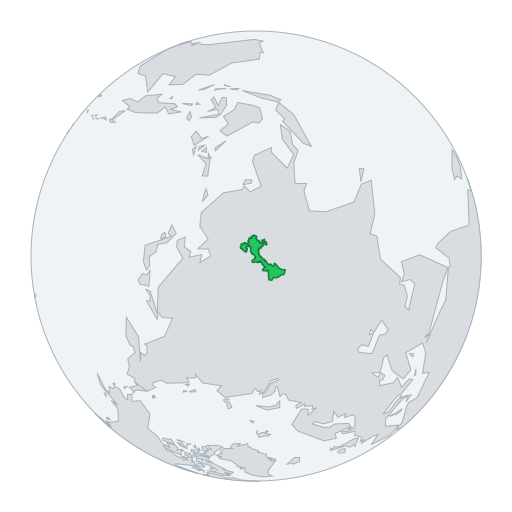 the Earth from above Gansu, rotated 192°
{"feature_id": "CHN-1150", "entity_name": "Gansu", "entity_type": "Province", "adm_level": 1, "iso_a3": "CHN", "parent_name": "China", "parent_adm1": "", "projection": "orthographic", "projection_center": [103.309, 37.691], "detail": "fine", "context": "on_globe", "style": "filled", "palette": "green", "viewbox_px": 512, "rotation_deg": 192, "n_neighbors": 0, "source": "natural_earth", "source_scale": "10m", "svg_char_len": 17114}
<svg xmlns="http://www.w3.org/2000/svg" viewBox="0 0 512 512"><g transform="rotate(192 256 256)"><circle cx="256" cy="256" r="225" fill="#eef3f6" stroke="#a8b0b8"/><path d="M466.3,336.9L466.1,337.2L466.7,335.8L466.3,336.8L466.3,336.9ZM381.7,69.1L367.6,61.7L366.1,60.2L362.6,58.9L364.2,61.0L366.2,62.7L356.2,65.4L359.3,77.8L367.6,84.7L360.0,81.3L380.7,97.2L387.1,108.4L375.3,94.0L370.7,91.4L372.7,97.8L368.4,96.6L366.9,99.2L361.5,97.4L355.1,89.8L351.4,88.7L353.1,93.4L348.8,95.0L346.9,88.1L339.1,90.4L326.9,79.4L326.1,64.8L314.9,59.3L302.2,46.6L298.8,47.2L291.9,43.6L285.5,43.1L284.9,41.4L280.3,42.6L282.0,44.2L280.5,45.4L276.8,45.5L275.5,43.2L277.2,42.8L274.9,42.2L275.8,41.1L273.3,41.7L272.1,39.2L267.9,41.8L262.5,40.0L263.2,38.4L270.1,38.3L289.0,36.4L291.9,35.7L288.9,34.3L268.5,31.4L268.8,31.1L266.3,31.0L283.8,32.4L301.2,35.3L318.2,39.5L334.9,45.0L351.1,51.8L366.8,59.8L381.7,69.1ZM261.2,30.8L260.6,30.8L263.1,31.0L255.7,31.3L259.7,32.2L257.3,32.7L258.6,34.2L250.8,34.3L242.5,33.9L241.0,32.8L237.4,32.8L232.6,34.4L223.9,33.8L207.9,36.2L206.4,36.3L211.9,35.1L228.2,32.4L244.7,31.0L261.2,30.8ZM465.2,173.3L463.6,170.0L463.8,169.7L465.2,173.3ZM463.1,169.6L463.5,170.4L463.2,170.0L463.1,169.6ZM463.2,170.4L463.1,169.8L463.4,170.9L463.2,170.4ZM463.5,172.1L463.3,171.0L463.4,171.3L463.5,172.1ZM463.4,173.5L462.9,172.3L463.4,173.5ZM367.8,63.9L364.7,61.2L364.8,60.0L367.9,62.3L367.8,63.9ZM366.9,67.3L364.2,65.3L368.4,66.1L368.6,67.0L366.9,67.3ZM374.5,90.3L372.9,87.0L376.0,90.7L374.5,90.3ZM367.6,99.9L369.5,101.4L367.9,102.2L367.6,99.9ZM262.8,34.1L260.7,34.1L261.5,33.8L262.8,34.1ZM265.3,34.8L267.7,34.4L269.2,34.8L267.7,35.0L265.3,34.8ZM358.2,100.3L355.1,101.4L357.2,98.9L358.2,100.3ZM261.9,35.3L271.7,35.4L274.3,36.1L270.8,37.6L261.9,35.3ZM352.6,101.2L345.2,104.6L348.7,107.9L334.7,101.0L345.6,100.1L347.6,96.3L349.2,99.7L352.6,101.2ZM284.1,44.8L282.1,43.0L287.1,44.6L284.1,44.8ZM287.7,45.6L305.2,49.6L306.3,52.7L300.2,50.5L304.3,54.9L296.3,54.3L292.2,51.8L293.1,49.8L289.3,51.2L287.7,45.6ZM328.1,96.9L325.4,96.8L327.0,95.5L328.1,96.9ZM280.3,46.1L283.7,46.4L284.9,49.1L278.3,48.8L280.0,48.0L280.3,46.1ZM309.4,56.5L309.1,58.6L302.5,58.6L301.5,59.5L296.2,54.6L309.4,56.5ZM277.9,47.4L274.8,48.7L271.0,47.6L277.0,45.9L277.9,47.4ZM288.1,49.9L288.3,51.2L286.0,50.4L288.1,49.9ZM255.5,45.0L259.6,45.0L260.6,46.3L255.5,45.0ZM274.0,49.2L275.3,49.6L276.2,50.2L273.4,50.9L274.0,49.2ZM291.9,55.1L289.2,54.8L293.7,57.1L288.9,57.5L286.3,54.3L285.4,55.9L283.9,56.0L283.4,53.2L291.9,55.1ZM273.2,53.4L268.1,49.9L260.3,49.4L259.2,48.1L272.0,49.3L273.2,53.4ZM279.2,53.5L275.2,53.1L275.9,51.6L279.0,50.9L279.2,53.5ZM286.7,59.1L294.7,59.3L295.0,60.0L286.7,59.1ZM270.8,53.5L272.0,54.4L270.1,53.7L270.8,53.5ZM281.6,57.6L284.4,57.5L284.7,58.4L281.6,57.6ZM272.2,56.4L270.6,55.2L272.7,54.6L272.2,56.4ZM276.4,57.2L276.1,58.4L274.4,55.1L277.6,57.0L276.4,57.2ZM281.4,58.5L282.5,58.9L280.2,58.4L281.4,58.5ZM265.3,59.6L262.6,55.6L267.2,54.2L269.2,58.2L265.3,59.6ZM77.5,118.6L83.4,115.0L78.5,123.3L77.3,140.6L76.0,144.7L69.0,150.9L62.4,178.1L68.7,175.9L69.8,196.3L75.0,205.6L89.4,192.5L80.9,176.9L86.4,166.4L98.9,172.0L107.4,186.6L109.9,183.0L110.4,167.9L118.4,165.8L111.3,162.3L109.7,167.7L105.2,166.0L106.4,161.0L109.1,160.3L108.3,154.9L95.3,160.5L92.3,166.7L86.3,157.8L80.8,167.4L77.0,167.9L85.0,152.0L88.8,148.5L98.8,128.1L94.2,130.7L84.6,150.5L84.9,146.9L78.7,151.6L83.7,145.2L95.4,123.8L94.0,116.4L81.8,120.1L83.2,115.6L89.1,107.4L104.1,95.5L99.3,107.0L104.5,103.8L114.5,94.2L112.2,98.7L115.6,96.5L114.7,100.9L122.2,101.1L122.6,105.2L134.1,100.1L135.9,101.8L128.6,104.2L123.7,108.4L125.7,119.9L128.6,120.5L135.9,116.5L135.6,120.5L142.4,115.2L147.7,120.3L146.9,109.9L155.4,105.8L163.3,106.4L166.0,103.4L153.2,102.5L148.2,104.0L144.2,108.0L130.5,111.5L128.0,108.8L141.7,98.8L139.6,94.3L151.3,89.3L178.7,93.5L185.8,98.6L179.6,115.9L173.0,116.9L172.0,110.9L165.1,120.4L169.4,117.7L169.1,121.3L177.2,119.0L177.4,121.5L184.8,115.3L185.9,118.2L181.2,122.1L194.1,121.9L198.7,127.4L201.6,126.3L203.3,123.5L208.0,132.8L209.9,131.6L209.1,128.0L212.3,123.4L219.9,119.0L221.1,122.5L218.5,124.5L215.0,134.3L208.0,139.6L209.3,140.7L215.6,136.9L219.9,124.9L224.1,121.4L223.0,127.0L223.7,124.6L226.2,124.0L229.8,126.7L231.4,120.7L256.9,111.2L266.3,116.2L262.5,121.8L281.6,120.7L290.8,127.7L290.0,124.2L298.6,122.1L295.8,119.8L296.1,118.0L317.0,113.0L322.8,115.0L330.9,110.1L330.5,108.4L326.7,106.6L334.7,101.0L348.7,107.9L348.9,111.1L357.6,113.7L356.8,121.1L360.1,128.8L354.2,136.1L357.3,142.1L360.4,142.5L366.9,151.3L369.9,169.0L354.1,152.7L347.0,128.4L348.7,137.8L344.3,135.4L342.5,138.7L344.1,145.7L346.7,146.7L328.8,158.3L324.6,178.0L334.6,176.1L341.1,181.5L345.1,205.1L327.1,238.6L335.5,248.3L336.2,255.0L329.2,259.8L328.0,250.0L320.7,246.9L321.1,240.9L309.4,246.2L309.5,237.9L300.4,246.5L304.1,252.9L314.4,250.9L306.4,262.6L317.1,273.4L318.6,286.9L301.2,310.9L283.3,318.1L282.2,322.2L275.0,317.5L265.5,325.3L279.0,347.8L278.6,354.1L263.2,365.5L262.8,360.9L243.7,348.4L240.2,363.0L254.6,375.9L259.6,389.7L248.5,384.9L243.4,372.6L236.7,367.8L238.5,355.2L232.9,335.1L221.7,337.5L222.6,329.5L213.2,311.3L197.1,313.7L171.4,329.1L167.8,348.2L159.0,354.1L148.5,321.8L149.0,301.4L141.9,300.6L133.7,278.9L110.2,264.9L109.8,258.5L104.8,258.1L99.5,248.0L100.0,237.8L95.5,234.8L94.9,261.7L100.1,265.1L108.5,261.0L107.1,269.3L112.5,280.8L96.0,291.2L66.0,284.6L68.0,269.2L70.8,216.3L73.5,212.9L73.7,212.4L74.1,211.4L69.2,216.2L71.4,206.4L64.5,240.3L61.2,252.5L65.5,285.0L63.8,286.0L66.7,294.1L81.9,301.4L80.9,305.9L70.7,320.6L54.0,330.5L59.1,351.1L62.8,365.1L58.7,363.8L65.6,376.3L65.0,375.5L57.0,361.5L49.9,347.1L44.0,332.1L39.1,316.8L35.3,301.1L32.6,285.3L31.1,269.2L30.7,253.1L31.5,237.1L33.4,221.1L36.5,205.3L40.7,189.7L46.0,174.5L52.3,159.7L59.7,145.4L68.1,131.7L77.5,118.6ZM73.0,124.8L71.0,127.6L73.0,124.8ZM111.4,211.3L119.8,219.6L124.8,205.7L128.4,208.0L128.8,202.7L125.1,204.7L127.3,190.9L134.0,191.3L137.5,186.1L134.8,183.1L122.1,184.7L118.8,204.2L113.2,206.7L111.4,211.3ZM207.6,36.0L206.3,36.3L206.4,36.2L207.6,36.0ZM135.7,81.7L132.5,84.8L128.5,86.0L128.1,82.2L133.8,80.3L135.7,81.7ZM128.8,89.1L142.6,81.1L143.5,83.6L140.7,83.5L139.8,86.0L135.1,86.5L122.4,97.3L118.1,99.2L119.6,90.3L121.5,91.9L124.5,88.5L128.8,89.1ZM176.4,61.0L182.3,58.9L176.4,66.9L171.5,68.0L170.7,63.9L176.1,60.2L176.4,61.0ZM253.8,38.6L256.5,38.2L256.8,38.7L254.8,39.4L253.8,38.6ZM257.3,44.9L242.5,41.1L244.8,40.4L233.3,39.8L235.0,37.7L242.3,38.0L235.0,36.3L242.3,35.8L236.6,35.0L252.9,36.0L259.1,35.9L251.5,36.7L249.9,38.5L251.0,39.3L259.0,41.6L271.7,42.9L272.1,45.4L269.0,46.8L266.0,46.9L266.7,45.1L262.2,46.5L260.9,44.1L257.3,44.9ZM232.4,69.4L234.5,66.1L225.2,70.8L223.9,67.4L222.9,68.2L219.2,66.5L212.9,66.0L213.3,64.3L210.7,64.9L208.1,64.0L204.7,64.3L204.2,61.5L200.0,61.7L202.2,60.3L194.9,61.6L200.1,59.5L197.3,58.5L193.8,61.1L199.8,48.1L198.4,45.1L194.3,44.1L203.8,41.3L213.6,40.9L222.3,42.4L222.3,46.0L226.6,44.4L227.9,45.8L224.0,46.5L230.8,46.3L230.8,47.7L238.5,50.7L248.3,50.1L251.3,51.5L247.5,52.4L253.2,53.1L248.1,55.9L250.2,57.0L247.2,61.1L238.6,62.7L241.6,63.9L239.4,67.4L232.4,69.4ZM264.2,60.7L254.2,62.8L248.6,62.1L256.2,55.3L255.0,53.9L259.6,50.1L267.7,51.3L265.6,52.2L265.5,53.4L263.0,52.5L264.9,54.2L262.1,55.6L262.8,57.4L259.4,57.5L264.2,60.7ZM78.8,144.5L78.6,147.0L79.2,149.9L75.3,153.1L78.8,144.5ZM86.5,129.8L87.0,131.1L81.7,136.6L82.0,134.3L86.5,129.8ZM91.7,127.5L87.4,130.8L89.8,127.7L91.7,127.5ZM129.4,105.3L130.4,106.8L128.8,108.0L126.2,108.6L129.4,105.3ZM204.7,84.5L206.8,82.3L208.2,82.5L215.6,79.4L217.2,81.9L213.3,84.8L204.7,84.5ZM85.5,192.6L81.3,193.0L81.7,190.1L83.0,190.5L85.5,192.6ZM76.1,172.1L76.1,178.8L75.0,173.0L76.1,172.1ZM207.7,86.8L210.5,85.1L209.5,87.5L207.7,86.8ZM218.7,83.7L218.3,86.2L218.2,81.9L218.7,83.7ZM82.8,383.1L86.2,400.6L80.5,395.1L75.1,386.7L70.8,374.2L76.1,376.2L77.5,372.1L82.8,383.1ZM316.0,416.4L322.6,416.3L322.3,417.0L316.0,416.4ZM309.1,414.5L316.7,414.0L307.7,416.3L309.1,414.5ZM319.7,413.7L327.4,411.3L330.8,409.6L330.2,411.2L319.7,413.7ZM303.8,415.0L275.3,416.1L264.0,413.9L266.7,411.2L285.0,411.8L303.8,415.0ZM265.8,411.1L248.5,402.2L224.7,374.7L233.2,376.2L258.1,393.4L256.5,395.9L267.0,402.9L265.8,411.1ZM307.6,394.7L305.9,402.4L290.2,402.7L283.1,401.7L278.2,391.8L280.9,386.6L286.8,386.6L309.4,367.3L317.3,371.1L310.4,379.4L316.9,385.8L307.6,394.7ZM168.7,350.4L173.3,363.1L168.6,363.6L168.7,350.4ZM318.5,353.3L309.4,362.4L317.6,350.5L318.5,353.3ZM323.2,342.1L323.9,346.4L320.1,342.6L323.2,342.1ZM282.1,328.4L275.9,329.5L275.7,326.3L283.5,323.1L282.1,328.4ZM319.6,298.1L319.7,307.8L318.6,311.2L315.7,305.6L319.6,298.1ZM225.2,109.7L213.0,110.8L205.4,114.1L202.7,119.4L201.3,112.7L213.1,107.6L225.2,109.7ZM252.8,110.4L255.1,106.3L257.6,108.1L257.4,109.3L252.8,110.4ZM251.8,107.9L248.1,102.9L251.6,100.6L253.8,105.0L251.8,107.9ZM227.4,93.8L223.7,93.9L224.6,91.9L227.4,93.8ZM366.8,452.1L369.0,450.5L376.4,446.3L372.6,448.7L366.8,452.1ZM346.2,452.8L302.8,467.5L293.8,467.7L297.2,464.8L291.2,456.3L294.3,456.2L293.7,449.3L320.0,439.7L339.1,423.3L352.5,421.3L363.3,408.6L376.7,405.4L371.9,414.7L384.9,415.1L395.9,393.9L401.5,409.1L409.4,410.1L408.8,417.7L386.2,439.4L375.4,446.5L374.3,446.6L369.5,449.6L363.6,452.1L362.4,449.9L357.6,452.7L363.1,448.1L355.8,453.1L353.6,451.6L346.2,452.8ZM440.5,380.5L441.9,379.5L443.2,379.5L441.1,381.6L440.5,380.5ZM463.0,344.7L463.0,344.9L461.8,347.5L463.0,344.7ZM466.1,337.2L464.8,340.6L466.7,335.8L466.1,337.2ZM450.6,363.1L451.1,363.3L450.4,364.4L450.6,363.1ZM450.1,363.4L451.3,360.7L450.8,362.6L450.1,363.4ZM444.4,360.4L445.5,358.6L445.8,359.0L444.4,360.4ZM332.4,414.9L341.8,407.9L346.7,406.5L332.4,414.9ZM443.3,359.4L440.8,361.1L441.2,359.9L443.3,359.4ZM443.7,356.8L443.5,355.5L444.7,357.8L443.7,356.8ZM439.1,357.0L442.0,357.4L438.8,357.6L439.1,357.0ZM437.3,358.7L435.1,359.0L435.3,358.4L437.3,358.7ZM410.5,375.8L419.0,380.4L411.7,383.9L403.8,382.0L396.9,390.0L381.6,394.6L385.3,390.1L383.4,385.6L367.2,388.1L364.0,385.5L369.9,381.6L359.0,381.4L370.9,376.9L375.7,382.9L382.3,375.3L393.6,373.0L404.3,371.3L412.6,372.8L410.5,375.8ZM370.7,392.7L372.7,392.2L370.9,394.7L370.7,392.7ZM430.9,357.9L434.1,359.2L433.6,360.3L432.0,360.8L430.9,357.9ZM414.5,370.7L423.6,360.5L425.6,359.5L419.6,369.1L414.5,370.7ZM421.5,357.7L425.6,356.4L427.6,358.6L426.8,359.9L421.5,357.7ZM346.4,391.7L345.9,393.8L342.7,392.8L346.4,391.7ZM350.5,389.7L359.9,389.9L349.6,391.6L350.5,389.7ZM321.4,387.1L324.2,391.6L333.2,387.3L326.3,392.7L332.3,399.7L330.2,402.9L324.3,395.3L322.0,404.2L318.0,404.5L316.0,397.3L320.0,387.6L324.0,383.2L340.1,379.3L321.4,387.1ZM350.5,383.8L347.9,378.6L349.8,374.4L352.5,376.9L350.5,383.8ZM340.3,365.7L333.4,359.7L327.3,363.2L339.5,351.5L344.2,359.3L340.3,365.7ZM334.3,351.0L328.6,354.2L334.4,347.6L334.3,351.0ZM327.0,352.0L326.2,347.0L330.8,347.1L327.0,352.0ZM337.3,350.8L338.1,342.0L340.5,346.8L337.3,350.8ZM323.9,335.8L334.0,343.0L321.1,341.0L319.9,324.1L325.3,323.1L323.9,335.8ZM349.9,260.3L348.2,255.4L352.9,253.3L352.8,257.3L349.9,260.3ZM366.7,243.4L353.6,251.2L342.9,257.9L346.6,259.7L344.8,268.9L338.8,261.5L345.9,250.5L354.2,247.1L354.7,239.4L360.3,233.1L358.0,224.1L360.2,219.5L364.9,226.8L366.7,243.4ZM356.6,220.4L354.5,204.1L363.8,204.4L366.3,208.1L363.3,215.3L358.7,214.6L356.6,220.4ZM356.7,200.4L352.2,199.7L339.6,177.6L339.2,173.2L353.7,189.4L350.2,189.8L351.6,195.4L356.7,200.4ZM326.6,98.6L325.5,97.0L328.0,98.0L326.6,98.6ZM294.4,116.9L295.2,114.6L298.1,115.7L294.4,116.9ZM299.0,109.2L295.2,109.5L298.7,107.7L299.0,109.2ZM286.7,110.7L293.4,109.0L287.8,112.8L286.7,110.7Z" fill="#d9dde1" stroke="#a8b0b8" stroke-width="1"/><path d="M236.0,235.5L238.4,235.4L240.0,240.1L239.4,240.6L239.4,240.9L240.2,242.1L241.2,243.0L240.9,244.4L241.9,244.4L242.7,243.7L243.7,243.4L244.7,243.4L245.2,243.2L245.5,243.2L246.2,243.2L246.4,243.3L246.7,244.0L246.7,244.3L246.7,244.5L246.1,245.2L245.8,245.9L244.9,246.4L244.6,246.7L244.3,247.2L245.3,247.3L245.8,247.7L246.7,248.0L246.9,248.2L246.9,248.6L247.4,248.8L247.5,249.1L248.4,249.2L248.5,249.4L248.5,250.0L248.6,250.3L249.1,250.8L249.3,250.8L249.4,250.7L249.6,250.7L249.6,251.1L249.7,251.4L250.0,251.5L249.9,251.7L250.2,251.8L250.7,252.0L251.5,252.0L252.1,251.3L251.5,250.6L253.2,249.9L253.4,249.9L253.8,250.1L255.0,250.4L255.5,250.0L256.5,249.4L257.3,249.2L258.2,249.1L258.3,249.2L258.3,249.6L258.8,250.4L258.8,250.7L258.6,251.0L258.3,251.3L258.1,251.8L257.7,252.3L256.4,253.2L256.6,253.5L256.7,254.2L256.2,254.4L256.2,254.8L256.3,255.3L257.1,255.7L258.5,256.9L258.9,257.2L259.4,257.1L259.6,256.9L260.4,257.1L260.4,257.4L260.1,257.6L260.2,257.8L260.4,257.8L260.6,257.7L260.8,257.8L261.0,258.3L261.6,258.6L261.9,258.8L262.3,259.4L262.3,259.5L262.0,259.7L262.0,259.9L262.2,260.4L262.4,260.9L262.7,261.2L262.8,261.6L262.8,262.2L262.4,262.4L262.4,262.9L262.8,263.5L263.2,263.7L263.7,263.7L263.6,263.8L264.1,264.5L264.4,264.4L264.9,264.6L264.3,264.7L264.2,264.8L264.3,264.9L264.6,264.8L265.2,264.8L265.6,265.3L265.8,265.4L266.1,265.1L266.2,264.8L266.2,264.5L266.0,264.4L265.9,264.2L266.2,264.2L266.0,263.6L266.4,263.5L266.8,263.6L267.5,263.3L267.3,262.9L267.5,262.7L267.5,262.1L267.1,261.6L266.9,261.6L266.5,261.4L266.1,261.4L266.1,261.1L266.1,260.7L265.9,260.5L266.0,260.3L266.0,259.7L266.4,259.6L266.5,259.3L266.5,259.2L266.3,258.8L266.4,258.5L266.4,258.3L266.4,257.8L266.5,257.7L266.8,257.7L267.3,258.1L268.0,258.0L268.3,258.1L268.5,258.2L268.5,258.8L269.2,258.9L269.3,259.0L269.8,259.1L270.4,259.3L270.6,259.6L270.9,259.7L270.9,259.9L271.3,260.0L271.5,259.9L271.6,260.0L271.9,260.1L272.2,260.4L272.8,260.5L273.0,260.7L273.0,260.9L272.9,261.2L273.1,261.6L273.0,262.2L272.5,262.7L272.6,263.0L272.6,263.5L272.9,263.9L273.0,264.6L272.7,265.0L271.9,265.1L271.7,265.0L271.0,265.3L270.8,265.2L270.2,265.0L270.0,265.4L270.3,265.9L270.6,266.2L270.6,266.3L270.2,266.4L269.7,266.4L269.5,266.6L268.9,266.5L268.6,266.7L268.0,266.2L267.7,266.1L266.5,266.1L266.2,266.3L266.3,266.7L266.5,267.0L266.4,267.1L266.3,267.5L266.1,267.6L265.7,268.1L265.9,268.3L266.3,268.3L266.6,268.5L266.9,268.8L266.9,269.3L266.5,269.2L266.4,269.3L266.5,269.4L266.7,269.8L266.2,270.6L266.2,270.8L266.4,270.9L266.3,271.1L266.3,271.4L266.6,271.8L266.6,272.0L266.4,272.1L266.2,271.9L265.8,271.9L265.4,272.1L265.2,272.0L265.1,271.9L264.8,271.9L264.7,272.1L264.3,272.3L264.2,272.7L263.9,272.8L264.0,273.2L264.6,273.4L264.5,273.7L264.6,274.2L264.5,274.4L263.8,274.8L263.2,274.6L262.9,274.7L262.8,274.9L263.0,275.3L262.5,275.8L262.2,275.7L262.0,276.0L261.8,275.8L261.3,275.9L261.0,275.8L260.4,275.7L260.1,275.6L259.6,275.1L259.3,275.0L259.2,274.9L259.2,274.7L259.3,274.6L259.6,274.5L259.6,274.3L259.2,273.6L259.2,273.3L259.5,273.1L259.2,273.0L258.8,272.5L258.8,272.1L258.7,271.9L257.5,271.8L257.1,271.6L256.7,271.7L256.8,271.3L256.8,271.2L256.3,271.5L255.7,271.4L255.6,271.2L255.5,270.8L255.5,269.9L255.0,269.7L254.7,269.3L254.2,269.4L254.0,269.7L253.7,269.9L253.8,270.1L253.2,270.2L252.9,270.6L252.6,270.6L252.3,270.7L252.6,271.2L252.5,271.3L252.8,271.5L252.7,271.6L252.8,271.6L252.8,271.8L252.9,272.0L253.3,272.3L253.2,272.4L253.3,272.6L253.2,272.6L253.0,272.8L252.7,272.9L252.5,273.1L252.2,273.2L252.0,273.5L251.7,273.6L251.2,273.9L251.2,273.7L251.1,273.4L251.3,273.1L251.5,272.7L251.3,272.2L251.0,272.0L251.0,272.3L250.8,272.4L250.5,272.4L250.3,271.8L250.1,271.6L249.7,271.9L249.2,271.7L249.0,271.8L249.0,271.3L248.9,271.0L248.5,270.9L248.3,270.7L247.8,269.8L247.8,269.6L247.9,269.3L248.3,268.9L248.7,269.1L249.3,269.2L249.5,269.4L250.3,269.6L250.5,269.7L250.6,269.9L251.0,270.2L251.3,269.9L251.6,269.9L252.0,269.4L252.5,269.1L252.2,268.5L252.0,268.4L251.6,268.3L251.5,267.9L251.2,268.0L251.0,267.7L251.3,267.5L251.5,267.5L251.6,267.0L251.8,266.8L252.1,266.7L252.4,266.4L252.6,266.3L252.8,266.0L253.0,265.9L252.8,265.5L252.6,265.4L252.8,265.2L252.8,264.9L253.2,264.9L253.5,264.5L254.1,264.5L254.1,264.1L254.0,263.6L254.1,263.3L254.3,263.2L254.5,263.2L254.9,263.3L254.9,262.9L255.0,262.7L254.8,262.4L255.1,261.8L254.7,261.4L254.4,261.4L254.3,260.7L254.1,260.2L253.8,260.0L253.8,259.8L254.0,259.7L253.3,258.9L253.4,258.4L253.6,258.2L253.2,257.6L252.6,257.1L252.4,257.1L252.0,256.9L252.0,256.7L251.9,256.3L251.8,255.8L251.7,255.8L251.4,256.3L251.3,256.6L251.2,256.6L251.0,256.3L249.7,255.5L249.0,254.8L247.7,254.3L247.6,254.2L247.5,253.8L247.4,253.6L246.8,253.4L246.3,252.7L246.1,252.7L246.1,253.1L246.3,253.4L246.3,253.8L246.0,253.5L245.8,253.4L245.2,253.1L244.5,252.5L244.3,252.2L243.1,251.0L243.1,250.7L242.8,250.6L242.6,250.4L242.2,250.3L242.1,250.2L241.9,250.5L241.6,250.7L241.1,250.6L241.0,250.4L240.8,250.4L240.6,250.7L240.0,251.2L237.9,249.7L237.2,249.4L236.9,249.5L236.7,249.8L236.7,250.2L236.6,250.7L236.6,251.2L236.6,251.4L236.5,251.6L236.6,251.9L236.5,252.6L236.4,252.7L235.8,252.6L235.2,252.2L235.1,251.9L234.5,251.5L234.2,251.5L233.8,251.3L233.7,251.0L233.3,250.8L233.0,250.5L232.8,250.4L232.5,249.8L232.1,249.7L231.7,249.1L230.8,249.1L230.5,248.9L230.0,248.7L229.7,248.5L228.3,248.2L227.5,248.3L227.0,248.2L226.7,248.2L226.4,248.2L226.0,248.4L225.6,248.5L225.1,248.4L224.8,248.6L224.5,248.5L224.7,247.4L224.4,245.9L224.4,245.7L224.9,244.8L225.2,243.4L225.4,243.3L226.2,243.5L227.1,243.1L228.6,241.2L230.4,239.5L231.9,238.8L233.2,238.7L234.0,238.9L234.3,238.8L234.8,238.2L234.8,237.7L235.1,236.1L236.0,235.5Z" fill="#22c55e" stroke="#15803d" stroke-width="1.5"/></g></svg>